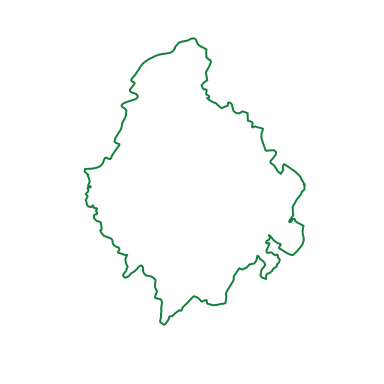 Tan Yen, Bắc Giang, Vietnam (Natural Earth projection), rotated 219°
{"feature_id": "81297802B62704406726497", "entity_name": "Tan Yen", "entity_type": "district", "adm_level": 2, "iso_a3": "VNM", "parent_name": "Vietnam", "parent_adm1": "Bắc Giang", "projection": "natural_earth1", "projection_center": [106.095, 21.389], "detail": "fine", "context": "isolated", "style": "outline", "palette": "green", "viewbox_px": 384, "rotation_deg": 219, "n_neighbors": 0, "source": "geoboundaries", "source_scale": "gbopen_adm2", "svg_char_len": 6012}
<svg xmlns="http://www.w3.org/2000/svg" viewBox="0 0 384 384"><g transform="rotate(219 192 192)"><path d="M296.4,294.3L295.6,292.5L295.5,290.1L296.0,287.6L297.0,285.9L303.8,278.3L306.1,274.6L309.2,267.8L310.6,263.0L311.0,260.6L310.9,257.3L309.9,247.2L310.1,244.4L310.0,241.4L309.7,240.8L309.2,240.4L308.4,240.2L305.7,240.8L305.2,240.5L304.8,240.0L304.7,238.9L304.7,232.7L304.3,231.9L303.7,231.4L302.9,231.2L301.8,231.3L298.2,232.7L296.9,233.0L294.9,232.6L294.4,232.2L293.9,231.5L294.2,228.8L299.0,221.4L301.1,217.6L301.3,215.2L301.0,214.8L300.5,214.4L298.6,214.3L296.6,214.6L295.4,214.5L294.2,214.0L293.4,212.5L291.8,210.6L290.7,207.6L289.6,201.9L289.0,200.6L287.3,197.7L286.5,195.1L286.4,192.3L285.3,184.8L283.9,182.5L283.3,182.2L282.1,182.2L278.6,183.5L278.0,182.7L277.8,181.7L277.8,177.9L277.5,174.0L277.1,170.4L276.2,167.1L276.3,166.2L276.6,165.9L277.5,165.4L280.2,164.8L280.8,164.1L280.9,163.3L280.5,161.1L279.4,158.6L279.4,155.7L279.7,154.0L280.6,152.1L282.2,149.8L284.8,146.8L289.5,142.7L288.3,140.3L283.8,140.1L283.3,139.9L283.2,138.9L281.4,138.3L278.4,136.0L277.8,135.2L276.8,131.6L275.9,131.6L274.5,132.6L273.9,132.2L274.1,131.5L275.4,130.3L275.7,129.6L275.6,129.3L273.8,128.4L273.4,127.9L273.0,126.6L273.4,123.9L272.7,123.4L270.5,123.0L270.0,121.8L269.8,120.2L269.4,118.8L268.2,117.9L267.2,117.5L265.9,116.1L265.1,115.8L263.4,115.6L261.2,116.5L260.7,117.4L260.6,119.1L260.0,119.1L259.1,118.3L257.7,118.0L256.4,119.2L255.3,119.1L254.9,118.6L254.8,118.2L254.8,116.9L254.1,116.5L252.7,116.3L252.2,115.9L252.1,114.9L252.3,114.4L253.1,113.7L253.4,113.2L253.5,112.7L253.1,111.6L252.7,111.0L251.5,110.1L251.0,109.8L249.1,109.6L247.6,109.7L245.0,110.7L244.0,110.8L243.3,110.6L239.3,106.8L238.8,105.9L238.7,105.5L238.7,104.9L239.0,104.5L237.3,103.4L234.2,102.7L233.2,102.5L225.8,104.8L224.4,104.7L223.9,104.6L222.7,103.8L221.8,102.6L220.3,101.8L219.4,101.6L217.2,101.6L214.1,102.6L212.9,102.3L212.2,101.4L212.0,100.8L212.0,99.8L211.5,98.4L205.4,100.5L202.8,102.0L201.9,99.0L201.3,97.6L198.9,95.4L197.1,94.3L195.3,93.6L194.8,92.9L194.4,91.3L193.5,89.2L193.6,86.1L193.6,84.6L193.2,84.0L192.0,83.2L190.4,83.2L188.9,84.8L188.6,85.8L188.3,86.6L188.0,90.6L186.6,94.6L186.2,100.9L185.7,102.3L185.3,102.8L183.8,103.1L183.5,103.0L182.4,102.2L179.9,99.5L178.0,98.5L176.7,98.5L175.6,98.2L175.0,98.3L171.6,100.3L168.8,101.0L165.5,100.9L164.6,100.2L162.2,96.4L161.2,95.1L159.0,93.7L156.7,92.9L155.2,88.3L154.8,87.4L154.1,86.6L153.5,86.7L148.9,88.9L147.0,88.2L145.4,86.9L142.9,82.3L140.9,80.3L139.6,78.1L137.6,75.5L135.6,71.8L135.0,71.0L130.8,71.1L130.0,71.7L129.6,72.9L129.9,77.8L130.1,78.6L131.0,80.0L131.0,81.3L130.8,81.7L129.3,82.8L128.7,87.4L128.4,89.0L127.8,90.3L127.7,91.9L127.4,92.1L126.1,92.5L125.8,92.9L125.8,93.7L126.5,95.9L126.5,98.6L125.8,102.4L125.3,111.1L125.0,111.9L124.1,112.6L121.7,113.3L119.0,113.4L116.1,112.9L115.2,113.1L113.8,116.0L113.0,116.8L112.5,117.0L110.1,115.0L109.5,115.0L104.5,117.2L102.1,119.4L98.2,124.2L97.1,125.1L96.2,126.7L97.1,128.5L98.9,131.5L100.2,133.1L101.0,133.5L101.8,134.8L102.4,136.8L104.0,148.8L104.3,149.9L106.4,152.7L106.6,153.9L107.2,162.4L105.5,162.8L104.5,163.3L103.5,164.2L103.2,165.7L102.5,166.5L102.1,167.3L101.9,169.5L101.7,170.5L101.7,172.0L99.3,174.7L98.6,176.0L98.8,176.9L98.9,179.4L101.0,183.5L100.5,183.8L99.9,183.8L97.0,182.8L93.0,183.1L90.3,182.2L89.4,181.5L89.1,180.8L89.0,180.1L89.1,176.1L89.0,175.2L86.4,170.4L84.9,169.7L83.4,169.7L79.8,171.0L81.9,174.0L82.1,175.5L81.5,176.8L80.7,178.0L80.1,180.9L80.4,182.9L80.3,184.0L79.4,187.0L79.4,187.5L80.2,189.0L80.4,189.5L80.1,191.8L80.3,192.6L80.8,193.8L81.4,194.8L82.0,195.0L83.9,195.2L84.5,195.5L85.5,196.9L86.6,196.8L87.6,195.1L91.7,195.1L92.5,194.9L93.4,194.1L94.0,193.0L94.6,192.5L95.3,192.2L95.8,192.2L96.6,192.6L97.1,193.2L97.5,194.0L99.0,200.0L99.4,200.6L99.9,200.7L100.4,200.5L101.2,199.4L102.2,199.1L102.8,199.5L103.1,200.0L103.1,200.7L102.3,203.2L102.3,204.4L103.0,205.8L103.6,206.3L104.4,206.6L104.8,206.5L104.9,206.9L103.5,207.0L101.8,206.7L99.0,206.0L96.0,205.9L93.5,206.2L90.6,207.2L90.3,207.1L90.0,206.8L89.7,206.1L89.6,204.3L89.4,203.8L89.2,203.3L88.5,203.0L87.4,203.4L80.8,204.1L76.5,205.1L74.2,206.2L73.7,207.0L73.1,212.2L73.0,217.4L73.2,220.8L74.8,224.9L76.5,226.7L79.5,229.1L80.6,230.2L82.3,232.4L84.1,235.9L91.1,234.5L93.8,234.5L94.8,235.4L95.6,235.5L96.1,235.1L96.4,234.5L96.5,230.8L96.9,230.1L97.9,230.2L98.2,231.2L98.7,237.4L99.3,238.3L101.4,240.3L104.5,244.0L104.8,245.0L105.0,247.6L105.7,250.9L105.9,253.0L105.8,258.4L106.0,259.4L106.5,260.3L106.7,261.3L106.3,264.3L106.4,264.9L108.8,268.2L108.9,267.7L109.9,268.2L110.9,269.3L112.1,269.9L115.1,270.7L116.4,271.7L119.2,272.4L124.5,272.8L133.7,272.1L137.9,271.6L138.0,271.0L137.9,270.4L137.0,268.4L136.0,267.3L135.2,266.9L134.4,262.2L137.8,262.0L139.4,262.4L143.3,263.9L145.5,264.3L147.4,264.1L148.7,264.2L149.6,264.4L150.3,265.1L150.5,265.8L150.3,271.5L150.4,273.8L150.8,274.5L151.5,275.6L152.1,275.9L153.9,276.1L154.6,276.0L157.2,273.8L160.3,270.7L161.1,270.7L170.5,276.5L172.7,278.3L175.0,281.8L175.8,284.1L176.7,285.8L179.2,284.9L181.7,283.5L184.1,282.8L184.7,282.0L185.5,280.4L186.2,280.4L186.5,280.5L186.8,280.9L188.0,283.5L188.8,283.9L190.5,283.8L193.5,282.6L198.4,288.2L202.3,287.0L203.4,286.4L203.9,285.6L204.2,284.2L204.8,282.8L207.2,281.3L208.4,281.1L209.6,281.0L210.9,281.3L211.8,281.8L215.4,284.6L216.5,285.2L217.2,285.4L219.1,285.1L219.9,284.5L220.0,283.8L218.7,281.8L218.6,281.3L220.1,279.1L221.4,276.1L221.9,275.8L224.1,275.7L229.5,276.0L232.0,275.1L237.1,274.3L238.9,274.6L238.6,274.9L238.4,275.6L238.5,276.8L238.9,277.1L239.5,277.3L242.0,276.8L242.9,277.3L244.6,280.2L245.1,280.5L246.1,280.4L247.1,279.4L247.7,279.2L248.8,279.4L251.7,281.1L251.8,283.8L250.5,288.4L256.6,293.8L257.1,297.2L258.0,301.7L259.0,304.7L260.3,306.0L262.8,305.5L265.8,305.8L266.2,306.5L269.1,309.7L270.4,311.8L272.6,311.6L277.4,310.5L279.4,310.4L280.5,310.5L284.6,312.7L285.7,313.0L286.6,312.9L287.4,312.4L289.3,310.5L290.2,307.9L290.9,306.7L294.6,302.3L295.6,300.8L296.1,299.7L296.4,294.3Z" fill="none" stroke="#15803d" stroke-width="2"/></g></svg>